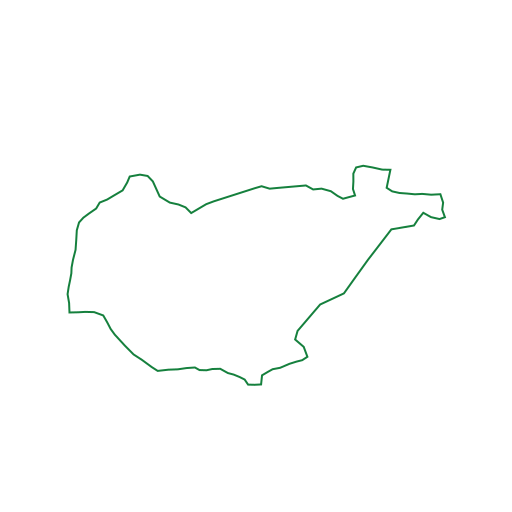 Conceição da Feira, Bahia, Brazil (Mercator projection), rotated 338°
{"feature_id": "56859067B19812474900576", "entity_name": "Conceição da Feira", "entity_type": "district", "adm_level": 2, "iso_a3": "BRA", "parent_name": "Brazil", "parent_adm1": "Bahia", "projection": "mercator", "projection_center": [-38.993, -12.504], "detail": "fine", "context": "isolated", "style": "outline", "palette": "green", "viewbox_px": 512, "rotation_deg": 338, "n_neighbors": 0, "source": "geoboundaries", "source_scale": "gbopen_adm2", "svg_char_len": 1491}
<svg xmlns="http://www.w3.org/2000/svg" viewBox="0 0 512 512"><g transform="rotate(338 256 256)"><path d="M61.9,238.5L70.4,241.7L76.6,243.8L84.9,247.4L92.1,253.9L93.2,261.9L93.9,269.2L95.6,276.0L100.8,289.9L105.6,301.4L111.4,309.7L117.7,319.9L121.8,325.7L132.2,328.6L141.1,331.8L149.7,333.9L157.6,336.5L160.9,340.6L167.3,343.4L173.1,344.4L180.6,347.2L186.1,354.0L190.9,357.6L195.6,362.2L199.2,366.3L200.5,372.3L206.5,374.9L212.6,377.0L216.9,368.9L223.5,367.9L229.0,367.2L236.5,368.7L246.6,368.5L254.1,369.1L259.8,369.9L265.9,368.7L266.2,358.1L261.0,348.1L266.5,341.0L297.3,325.0L323.5,323.6L340.3,312.9L358.5,301.4L369.6,294.9L391.5,282.0L413.9,286.9L419.8,282.8L427.3,278.6L432.8,285.5L440.0,290.5L445.7,290.8L446.0,282.8L449.5,276.6L450.1,267.8L441.4,264.8L433.4,260.7L426.4,258.3L419.5,254.7L412.6,251.3L406.5,247.1L402.7,241.7L412.9,226.4L405.4,223.2L397.3,217.6L389.2,212.5L382.0,211.4L377.1,216.1L374.2,223.4L371.0,230.2L370.5,237.0L364.1,236.2L358.1,235.5L354.1,230.8L349.7,224.0L342.0,218.1L333.9,215.7L328.7,209.3L301.6,201.0L293.9,198.7L287.3,193.4L280.3,192.7L237.3,189.5L229.3,189.3L212.0,191.9L208.9,184.5L203.4,179.2L196.1,174.2L189.0,164.8L188.3,148.2L185.5,141.2L178.9,137.1L168.7,135.0L164.1,139.6L156.9,145.2L146.8,146.7L139.1,147.9L131.1,147.9L125.6,152.1L116.8,154.1L110.3,155.8L104.5,158.6L99.5,165.0L95.3,173.9L91.0,182.7L84.9,191.0L80.7,197.6L78.3,202.9L74.5,208.9L70.8,214.4L67.0,220.8L65.1,229.6L61.9,238.5Z" fill="none" stroke="#15803d" stroke-width="2"/></g></svg>